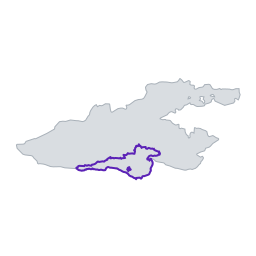 location of Chuy within Kyrgyzstan, rotated 182°
{"feature_id": "KGZ-1116", "entity_name": "Chuy", "entity_type": "Region", "adm_level": 1, "iso_a3": "KGZ", "parent_name": "Kyrgyzstan", "parent_adm1": "", "projection": "natural_earth1", "projection_center": [74.767, 42.563], "detail": "fine", "context": "in_parent", "style": "outline", "palette": "violet", "viewbox_px": 256, "rotation_deg": 182, "n_neighbors": 0, "source": "natural_earth", "source_scale": "10m", "svg_char_len": 8421}
<svg xmlns="http://www.w3.org/2000/svg" viewBox="0 0 256 256"><g transform="rotate(182 128 128)"><path d="M52.2,153.1L52.9,152.7L55.0,152.3L59.3,151.9L60.7,152.2L63.6,153.8L65.8,153.6L66.2,153.9L67.0,155.3L70.2,153.2L72.4,152.6L73.6,150.5L76.0,148.0L78.0,147.6L78.1,148.0L78.5,148.4L80.5,149.0L81.2,148.3L81.5,147.4L80.8,146.0L80.8,145.4L81.5,144.5L84.8,145.8L85.5,145.8L87.1,145.1L88.5,143.7L89.0,142.7L95.8,139.2L96.3,138.6L96.2,138.2L93.4,137.4L92.1,137.8L90.9,137.8L90.2,137.3L86.7,137.1L85.9,136.8L83.7,134.3L80.8,132.7L79.4,132.8L77.8,133.5L77.2,133.2L77.1,130.8L76.8,129.4L75.8,129.1L74.6,129.7L71.1,128.9L70.7,126.0L69.4,123.4L67.6,122.3L67.5,120.8L66.9,120.1L66.3,120.3L65.6,121.1L65.9,122.8L65.7,124.5L65.2,125.4L64.4,126.0L63.5,126.0L61.9,125.2L61.6,130.4L61.3,130.7L59.4,130.0L57.9,130.3L55.6,130.0L53.9,129.1L50.6,128.1L49.1,127.2L48.1,123.7L47.2,122.5L46.4,122.2L42.9,123.4L39.3,121.3L37.5,120.8L37.0,120.2L37.1,119.4L42.7,115.5L44.9,112.8L46.2,111.7L49.7,110.5L50.5,108.1L50.8,107.8L54.4,106.6L58.3,104.5L58.4,103.9L58.0,103.4L54.5,101.4L52.7,102.3L51.7,101.2L51.7,100.0L52.9,98.0L53.9,97.0L54.3,95.1L55.8,93.8L57.3,91.7L59.1,90.1L62.4,88.8L64.2,89.2L66.0,88.9L68.6,87.9L70.3,87.9L77.2,89.4L79.4,89.5L84.8,91.5L88.9,92.5L91.0,94.4L97.7,95.3L99.5,95.9L100.2,96.8L102.1,98.0L103.7,98.3L102.3,93.6L102.9,90.8L105.0,83.3L106.1,82.2L111.6,80.0L112.9,78.5L116.8,78.5L117.6,78.2L118.1,77.3L130.2,83.9L134.8,85.8L141.1,87.5L146.5,88.0L147.4,87.6L149.6,85.1L150.6,84.9L163.9,85.4L173.5,84.0L174.8,84.1L178.4,85.6L189.7,86.0L194.1,87.0L201.2,86.6L204.1,86.8L209.5,88.6L211.4,89.0L214.9,89.3L216.2,89.0L217.0,89.4L217.8,91.8L221.1,94.8L222.3,96.4L223.6,97.0L229.9,97.5L232.2,98.2L238.1,103.8L238.9,107.1L238.3,107.8L232.2,108.2L230.8,108.7L229.4,111.1L221.2,114.1L220.0,114.0L209.0,119.7L201.4,124.4L201.1,126.7L196.7,131.9L193.4,132.5L190.5,132.4L185.8,134.0L179.8,133.5L177.8,133.5L173.8,132.8L172.3,133.2L170.6,134.3L168.3,138.4L167.3,139.4L166.9,140.3L166.6,142.4L165.7,144.5L163.7,147.7L162.1,149.3L160.5,150.2L159.3,148.2L157.2,149.6L155.3,149.3L154.1,149.7L151.5,151.4L147.5,151.4L147.1,150.8L146.3,146.0L145.6,143.8L145.1,143.3L144.4,143.2L138.7,147.0L136.1,147.6L134.0,147.7L131.2,146.6L130.5,146.9L130.1,147.5L129.9,148.3L130.7,150.4L130.4,150.8L129.2,150.8L127.4,151.3L122.0,155.6L118.6,156.8L115.4,157.2L113.5,158.0L112.4,159.7L110.3,164.2L110.4,165.1L111.3,166.4L111.9,169.1L111.7,169.8L110.0,172.1L107.9,172.7L106.2,173.1L102.9,172.8L101.2,173.2L98.1,175.0L95.6,175.3L90.8,175.3L86.0,174.7L84.5,174.9L80.3,175.9L78.9,177.5L78.1,179.0L77.7,179.2L76.0,177.9L73.9,175.5L72.9,175.6L69.1,177.5L68.6,177.4L67.5,176.7L67.7,173.7L66.5,173.1L63.9,173.0L63.0,172.3L63.3,170.4L63.1,169.7L62.4,169.2L61.1,169.3L58.4,170.9L55.2,171.4L54.2,172.0L52.9,174.0L48.7,174.5L47.4,174.0L44.9,170.2L42.8,169.6L40.5,169.7L37.6,170.7L36.8,169.9L36.1,169.7L35.4,170.3L31.7,170.4L28.0,170.4L25.9,169.9L24.5,169.9L21.7,171.0L18.4,171.2L18.1,167.6L17.1,165.2L18.2,161.2L18.8,159.9L21.3,161.4L22.2,161.2L22.4,160.4L22.1,158.6L23.3,156.7L32.2,154.0L41.9,157.9L43.2,160.4L44.0,160.3L45.4,159.1L45.8,157.0L47.8,155.8L52.0,154.4L52.2,153.1ZM57.1,161.8L57.3,161.5L56.6,159.6L57.6,157.9L55.7,157.6L54.7,157.1L53.5,155.3L53.2,155.3L52.6,155.7L52.2,156.9L52.5,158.1L53.9,159.3L53.2,161.8L56.1,162.1L57.1,161.8ZM46.9,163.5L46.8,163.0L46.2,162.8L42.5,162.1L42.6,162.6L44.0,164.4L45.1,164.5L46.9,163.5ZM68.8,160.4L69.0,159.2L66.8,159.9L66.5,160.5L67.3,161.2L68.2,161.5L68.8,160.4Z" fill="#d9dde1" stroke="#a8b0b8" stroke-width="1"/><path d="M117.5,76.8L118.0,77.1L119.0,77.9L119.6,78.2L120.3,78.3L120.8,78.6L121.9,79.4L122.3,79.6L123.1,79.6L123.8,80.1L124.6,80.3L125.0,80.5L125.3,80.8L125.8,81.6L126.1,81.9L128.1,83.4L128.8,83.6L131.1,84.0L132.8,84.8L133.4,85.2L133.9,85.5L135.1,85.8L135.7,86.1L136.2,86.5L137.4,87.2L137.9,87.3L139.2,87.3L143.7,87.8L144.5,87.7L144.9,87.8L146.2,88.3L146.7,88.3L147.3,88.0L147.9,87.6L148.3,87.2L148.5,86.9L149.2,85.2L149.4,85.1L149.7,85.0L149.9,85.0L150.9,84.9L151.7,85.0L153.3,85.4L153.7,85.4L155.1,85.0L155.6,85.0L157.0,85.4L158.8,85.4L160.6,85.8L160.8,85.8L161.2,85.6L161.4,85.6L161.6,85.8L161.8,86.2L162.0,86.3L162.4,86.2L163.0,85.6L163.4,85.5L163.9,85.5L164.9,85.9L165.4,86.0L165.9,85.9L166.6,85.6L167.5,85.6L167.9,85.5L168.6,85.2L168.8,85.0L168.8,84.9L169.3,84.9L169.6,84.8L170.0,84.3L170.4,84.1L170.8,84.0L171.7,84.0L172.5,83.7L172.8,83.7L173.2,83.8L175.5,84.2L176.2,84.4L176.4,84.6L177.0,85.3L177.3,85.6L177.6,85.6L177.9,85.6L178.2,86.3L178.1,86.5L177.9,86.7L177.5,86.6L177.4,86.6L177.2,86.8L176.7,87.3L176.6,87.5L176.5,87.9L176.4,88.1L176.2,88.2L175.7,88.4L175.3,88.5L170.6,88.4L170.3,88.4L170.2,88.5L170.1,88.8L170.0,89.0L169.9,89.1L169.8,89.3L169.7,89.3L168.9,89.3L168.0,88.9L167.8,88.9L167.6,88.9L166.6,89.4L166.3,89.5L166.1,89.5L165.4,89.3L164.9,89.3L163.6,89.0L163.4,89.0L163.2,89.2L162.8,90.0L162.7,90.1L161.1,90.4L159.7,91.0L159.3,91.3L158.9,91.6L157.8,92.8L157.6,92.9L157.2,93.3L156.8,93.4L156.6,93.4L156.3,93.3L155.9,93.1L155.5,93.1L152.7,93.7L152.3,93.8L150.8,93.6L150.5,93.7L150.4,93.8L150.2,94.2L150.1,94.3L149.9,94.4L149.4,94.7L149.1,94.8L148.6,95.2L148.4,95.3L148.1,95.3L147.9,95.4L147.7,95.5L147.7,96.0L147.6,96.3L147.3,96.5L146.6,97.0L146.2,97.1L146.1,97.3L145.9,97.5L144.8,98.2L144.5,98.3L144.4,98.2L144.5,97.6L144.4,97.4L144.3,97.2L144.2,97.1L143.7,97.2L142.3,97.6L142.0,97.6L141.8,97.6L141.0,97.2L140.9,97.2L140.7,97.3L139.9,97.6L139.7,97.6L136.7,97.5L135.8,97.3L135.7,97.3L135.2,97.6L134.5,97.9L134.0,97.2L133.8,97.2L133.6,97.1L133.4,97.3L133.1,97.5L130.2,97.9L130.0,98.0L130.4,98.9L131.3,100.3L131.4,100.6L131.5,100.9L131.4,101.0L131.2,101.0L130.6,100.8L128.9,100.9L128.5,101.1L127.8,102.1L127.3,102.8L127.2,102.8L127.0,102.7L126.9,102.5L126.9,102.4L126.3,102.3L122.7,102.8L122.5,102.7L122.4,102.7L122.2,102.6L121.4,102.5L120.9,102.5L120.7,102.5L120.6,102.8L120.2,104.9L120.2,105.2L120.3,105.5L120.8,105.6L121.0,105.7L121.1,105.9L121.1,106.0L120.8,106.2L120.7,106.4L120.4,106.7L120.3,106.8L120.2,107.0L120.1,107.4L120.1,107.5L120.2,108.0L120.1,108.4L119.6,108.9L119.4,109.1L119.4,109.3L119.4,109.5L119.4,109.9L119.3,110.1L119.2,110.3L118.8,110.5L118.6,110.5L118.4,110.4L118.2,110.3L118.1,110.2L117.9,110.2L117.2,110.6L117.0,110.8L116.9,110.9L116.9,111.1L116.8,111.7L116.7,111.9L116.6,112.0L116.4,111.9L116.3,111.7L116.2,111.6L116.2,111.4L116.3,110.9L116.4,110.7L116.2,110.4L115.6,110.6L115.4,110.6L115.1,110.5L114.9,110.5L114.8,110.4L114.7,110.2L114.5,109.8L114.4,109.7L114.2,109.6L114.1,109.4L113.9,109.0L113.9,108.9L113.7,108.7L112.9,109.3L112.5,109.4L112.2,109.4L109.8,109.6L109.5,108.6L109.3,108.2L109.0,108.1L108.8,108.0L108.4,108.0L108.2,107.9L108.1,108.0L107.5,108.2L107.4,108.3L107.2,108.5L106.8,108.8L106.5,108.8L106.3,108.8L104.5,108.1L104.2,108.1L103.9,108.1L103.3,108.3L103.0,108.3L102.4,108.0L102.2,108.0L102.0,107.9L101.4,108.1L101.1,107.5L101.1,107.2L100.9,107.0L100.7,106.9L100.3,106.7L100.1,106.6L99.9,106.5L99.5,106.5L99.4,106.4L99.1,106.2L98.9,106.1L98.0,105.9L97.0,105.6L96.7,105.5L96.3,105.5L96.2,105.5L96.2,105.4L96.0,105.1L96.3,104.7L96.3,104.4L96.2,104.3L95.4,104.1L95.2,103.8L95.2,103.7L95.4,102.8L95.4,102.6L95.6,102.4L95.8,102.4L96.4,102.4L96.7,102.3L96.9,102.2L97.2,101.9L97.3,101.7L97.9,101.5L98.4,101.4L98.7,101.3L99.1,101.2L99.4,101.2L99.8,101.2L100.0,101.3L100.3,101.4L100.6,101.3L101.4,101.0L101.7,101.0L102.2,100.9L103.0,101.0L103.7,101.4L104.0,101.4L104.4,101.3L105.6,100.8L105.9,100.6L106.5,99.9L106.6,99.5L106.7,99.3L107.0,98.9L107.5,98.4L107.6,98.2L107.7,97.7L107.4,97.2L107.1,97.2L106.5,97.2L106.3,97.2L106.1,97.2L105.8,97.0L105.8,96.9L105.7,96.8L105.6,96.7L105.5,96.3L105.4,96.2L105.2,96.4L105.1,96.6L105.1,96.9L105.1,97.1L105.1,97.3L105.0,97.6L104.5,98.0L103.9,97.9L102.5,95.3L102.2,94.5L102.1,93.7L102.1,92.8L102.3,91.9L103.4,89.6L103.9,88.6L104.0,88.2L104.0,87.7L103.7,86.9L103.7,86.4L103.7,86.0L103.9,85.7L104.3,85.0L105.1,82.9L105.3,82.6L105.6,82.3L106.6,81.8L110.0,80.5L110.3,80.4L111.2,80.5L111.9,80.1L112.6,78.4L113.2,77.9L113.6,78.0L114.3,78.7L114.7,78.8L117.8,78.4L118.1,78.3L118.2,77.9L118.0,77.5L117.5,76.8ZM126.4,88.3L126.6,88.3L126.7,88.2L126.6,87.9L126.6,87.6L126.7,87.3L126.9,87.1L127.0,86.9L127.3,86.7L127.2,86.5L127.1,86.4L126.9,86.1L126.6,85.8L126.4,85.4L126.3,85.0L126.2,84.9L126.1,85.0L125.9,85.4L125.7,85.7L125.3,86.0L124.2,86.2L123.9,86.5L124.1,86.9L124.9,87.6L125.2,87.7L125.3,88.0L125.2,88.3L125.2,88.6L125.3,88.8L125.5,88.9L125.9,88.5L126.1,88.2L126.4,88.3Z" fill="none" stroke="#5b21b6" stroke-width="2"/></g></svg>